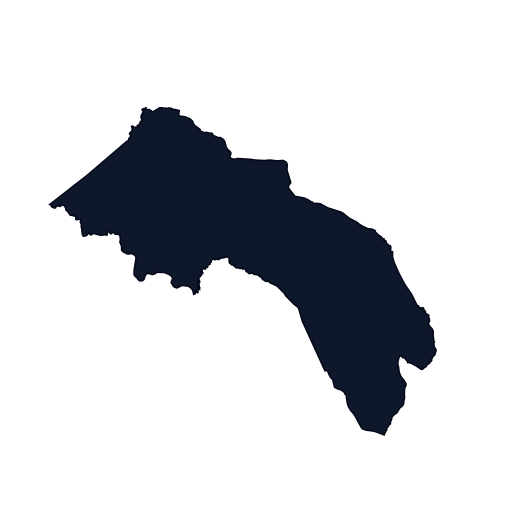 Kaoh Nheaek, Môndól Kiri, Cambodia (Albers equal-area conic projection), rotated 210°
{"feature_id": "14789045B36010441751176", "entity_name": "Kaoh Nheaek", "entity_type": "district", "adm_level": 2, "iso_a3": "KHM", "parent_name": "Cambodia", "parent_adm1": "Môndól Kiri", "projection": "albers", "projection_center": [106.949, 13.127], "detail": "fine", "context": "isolated", "style": "filled", "palette": "ink", "viewbox_px": 512, "rotation_deg": 210, "n_neighbors": 0, "source": "geoboundaries", "source_scale": "gbopen_adm2", "svg_char_len": 6071}
<svg xmlns="http://www.w3.org/2000/svg" viewBox="0 0 512 512"><g transform="rotate(210 256 256)"><path d="M139.8,328.0L140.8,327.5L141.2,326.8L141.5,326.9L143.7,331.2L144.9,332.1L145.5,331.4L147.6,332.1L148.8,332.1L150.1,332.7L150.5,333.7L151.2,334.0L152.1,333.5L152.4,333.8L153.2,333.9L153.1,333.2L153.5,333.2L154.3,333.7L153.7,334.7L155.4,334.4L157.1,335.3L157.9,334.8L158.1,335.1L159.1,335.4L160.3,334.4L160.6,335.4L161.2,334.7L162.3,336.0L164.3,336.3L165.3,337.4L166.9,337.6L169.6,337.1L172.8,335.6L178.0,335.1L183.2,335.2L183.5,335.5L186.4,335.7L194.3,335.4L201.1,336.5L204.2,336.6L218.0,333.6L226.5,333.4L230.4,331.7L232.2,330.3L234.2,330.9L236.0,330.5L238.6,330.8L243.0,330.4L252.2,327.2L262.0,331.2L262.9,333.4L262.6,337.0L271.8,345.6L273.0,347.4L274.3,350.4L276.0,352.0L277.3,352.5L280.4,352.3L285.1,349.1L291.9,346.1L296.5,342.9L304.3,338.9L309.1,337.0L320.6,331.3L323.6,328.7L326.1,328.2L327.1,328.2L328.4,329.3L328.8,331.7L329.4,332.9L330.0,333.3L334.8,334.5L336.4,335.7L340.6,339.8L342.4,340.6L346.0,340.8L347.9,339.7L352.6,339.1L353.3,339.1L355.1,340.2L356.3,340.2L357.5,339.0L358.8,339.0L359.4,338.6L361.0,338.4L361.8,337.1L366.9,336.4L367.7,337.7L374.4,338.4L377.0,339.8L378.3,341.0L381.5,341.8L386.4,341.2L388.8,340.5L391.2,339.2L392.5,339.3L393.3,339.6L393.9,340.4L395.1,343.6L399.6,342.4L400.8,341.1L402.1,341.8L403.6,341.2L404.4,341.2L405.8,340.5L406.5,339.3L407.6,339.3L409.1,338.1L411.0,337.7L413.6,336.2L417.3,329.3L421.8,329.5L424.0,328.1L424.8,328.4L425.2,329.4L425.6,329.4L425.9,329.1L425.6,328.5L426.0,327.5L427.1,327.4L428.0,325.8L426.5,325.1L425.8,324.3L425.9,323.5L425.1,323.4L425.0,322.3L426.0,321.3L425.9,321.0L425.0,321.0L425.3,319.0L423.4,317.2L422.7,317.2L422.3,316.5L422.6,316.0L422.3,315.3L423.4,314.8L422.6,313.5L423.2,312.9L422.9,312.3L423.1,310.9L424.1,309.5L423.1,308.4L423.4,307.7L425.9,306.7L427.8,306.9L428.6,306.1L426.6,304.0L426.2,302.8L426.0,301.9L426.6,300.3L426.7,298.6L424.3,297.4L424.9,294.2L424.4,292.5L424.4,291.3L425.5,290.6L425.4,289.3L425.9,288.8L442.6,241.5L460.4,197.5L459.1,197.8L457.9,196.6L457.1,196.4L454.5,196.7L453.6,197.5L453.8,199.1L453.4,200.0L450.7,200.8L449.1,203.4L448.0,203.9L444.9,202.5L443.7,200.8L440.9,200.2L437.5,198.5L432.4,200.1L431.5,199.7L430.6,197.8L429.5,197.6L427.4,199.6L426.5,199.7L425.8,199.3L425.1,197.5L423.1,196.1L422.4,194.5L420.1,191.9L417.4,188.0L415.8,186.8L415.2,186.9L413.2,188.6L412.7,190.1L412.5,192.4L411.8,192.5L411.1,191.8L409.9,191.6L408.9,192.3L408.5,193.8L407.9,194.4L403.6,195.4L400.6,196.4L397.3,199.0L395.8,199.2L395.5,199.9L396.6,202.5L396.3,203.2L395.5,203.3L393.0,202.5L392.3,203.2L392.2,204.8L391.7,205.1L388.9,204.5L384.8,206.3L381.8,202.8L380.9,200.0L377.3,197.2L375.6,194.3L374.6,193.5L373.2,193.2L368.7,193.4L367.0,194.1L365.8,195.5L363.1,196.2L359.8,195.5L358.8,194.0L354.6,183.1L352.4,179.0L350.3,177.8L349.0,177.8L345.3,176.3L344.2,176.3L342.3,177.5L341.4,179.1L341.3,179.9L342.1,183.4L342.0,184.8L341.5,186.3L340.6,187.0L336.4,188.2L335.2,189.3L333.5,192.4L327.0,195.9L321.6,196.5L319.0,196.2L316.8,194.6L316.6,191.8L316.1,190.5L312.2,188.3L310.0,188.4L308.4,188.8L305.3,193.5L299.8,195.9L297.4,195.9L294.7,195.2L292.5,193.6L291.3,192.0L290.6,191.6L289.8,192.8L290.0,193.4L290.8,193.9L290.9,194.4L290.1,194.8L288.4,194.8L288.1,195.3L288.1,195.9L289.7,197.5L289.8,198.2L288.0,198.7L288.3,199.3L290.0,199.1L290.7,200.1L290.6,200.7L289.6,200.3L289.1,200.6L290.1,201.4L290.7,202.4L291.9,202.3L291.5,204.4L291.9,205.8L293.3,206.9L293.5,206.1L293.9,207.1L294.7,207.6L294.0,210.3L294.3,210.8L293.6,212.0L295.2,213.9L294.1,213.5L293.4,214.1L293.7,214.9L295.2,215.9L295.8,217.8L294.6,219.2L293.5,219.1L293.3,219.8L294.2,220.0L294.3,220.5L293.2,221.5L292.3,221.9L292.9,223.7L292.4,225.3L291.7,225.9L292.0,226.7L292.6,226.9L292.7,227.3L292.5,228.0L291.8,228.2L292.7,230.2L290.9,232.2L289.6,232.3L289.7,233.2L289.1,234.0L287.9,233.5L286.2,234.7L286.1,235.9L285.0,236.5L284.6,237.9L283.6,237.9L282.3,238.9L282.1,239.9L281.3,240.2L281.5,240.5L281.0,241.0L279.2,240.6L278.7,240.7L278.6,241.1L277.6,241.0L277.2,239.9L277.4,239.1L276.9,238.9L276.9,238.2L276.5,237.9L275.6,237.9L275.8,236.9L275.5,236.7L274.5,236.7L273.0,236.1L271.5,236.5L271.1,237.0L270.5,236.5L270.3,237.2L269.8,237.3L269.5,236.6L268.8,236.1L267.1,235.9L266.7,235.9L265.8,236.9L264.2,237.0L261.7,238.3L260.8,238.1L260.8,238.7L259.0,239.3L256.5,237.5L255.3,238.0L253.6,237.2L252.4,237.7L252.1,238.4L249.8,239.6L249.3,239.6L248.8,239.0L248.4,239.6L247.1,239.6L246.4,240.1L244.3,240.5L243.2,240.1L241.4,240.3L238.2,238.9L236.8,239.2L235.1,238.8L232.6,240.2L229.9,239.8L224.6,240.4L222.0,240.3L212.4,237.7L210.8,236.5L199.3,233.3L194.5,232.6L193.2,232.2L183.3,222.7L138.8,191.0L137.5,192.2L136.5,192.2L133.9,190.1L130.7,188.1L127.8,187.3L122.4,181.6L118.8,181.7L114.5,182.7L113.7,182.3L111.5,182.1L109.5,180.7L108.3,180.6L107.5,180.0L107.2,178.9L103.1,173.9L100.8,171.8L96.5,169.4L93.2,168.4L90.7,167.2L79.2,160.2L77.5,159.5L73.6,160.2L67.7,162.7L64.3,163.7L55.5,165.1L56.0,168.7L55.7,170.3L56.6,172.4L56.2,174.7L56.3,176.5L55.6,177.9L56.8,179.8L56.6,181.3L57.7,184.7L57.1,187.2L55.5,191.0L55.5,196.0L54.1,199.9L54.5,202.7L55.5,204.4L56.2,207.1L58.8,211.1L60.7,214.8L61.2,216.3L61.3,218.7L62.2,220.4L66.0,222.5L69.5,223.8L71.8,225.2L74.3,227.5L77.0,231.1L79.4,233.6L80.8,237.2L81.6,240.8L80.9,242.0L78.7,241.7L77.9,241.3L76.5,242.1L72.0,240.2L71.2,239.5L70.9,240.0L69.1,240.3L68.0,240.9L66.3,240.7L62.3,240.9L56.6,240.4L55.2,241.0L54.2,243.9L53.4,245.1L53.4,247.7L52.4,249.1L51.6,253.2L52.4,255.1L52.4,257.7L51.7,259.6L52.1,261.4L52.6,261.9L52.3,263.0L53.4,265.1L54.2,265.2L55.5,266.4L56.5,266.6L57.3,267.9L57.7,267.9L57.8,268.7L58.6,269.2L58.3,270.5L59.9,271.9L62.6,275.4L65.0,279.6L67.4,281.2L69.3,281.6L72.9,283.4L73.2,286.5L73.9,287.7L76.6,290.1L77.0,290.8L76.8,291.1L80.0,291.2L81.2,292.0L81.5,291.9L81.5,292.3L82.1,292.1L82.3,292.7L83.0,292.8L83.0,293.4L84.1,293.4L84.4,294.2L85.0,294.6L85.4,294.7L85.4,294.3L86.2,294.2L87.6,293.2L89.3,293.2L90.5,294.1L91.7,293.7L102.4,300.8L112.5,305.6L123.3,312.3L133.5,319.8L137.4,323.7L139.8,328.0Z" fill="#0f172a" stroke="#020617" stroke-width="1.5"/></g></svg>